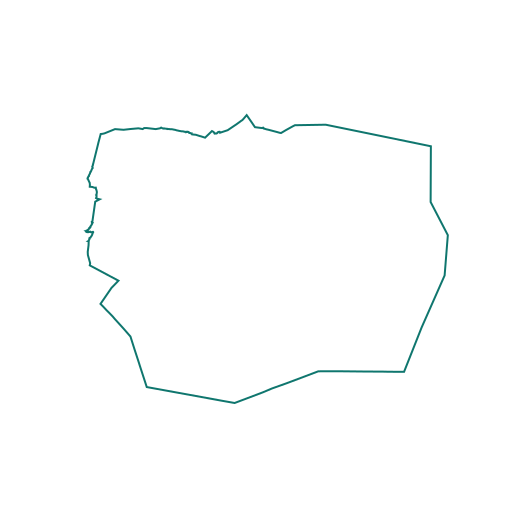 outline of Snåase sma 1, Nord-Trøndelag, Norway, rotated 18°
{"feature_id": "86288312B29366905893457", "entity_name": "Snåase sma 1", "entity_type": "district", "adm_level": 2, "iso_a3": "NOR", "parent_name": "Norway", "parent_adm1": "Nord-Trøndelag", "projection": "orthographic", "projection_center": [12.115, 64.195], "detail": "fine", "context": "isolated", "style": "outline", "palette": "teal", "viewbox_px": 512, "rotation_deg": 18, "n_neighbors": 0, "source": "geoboundaries", "source_scale": "gbopen_adm2", "svg_char_len": 4706}
<svg xmlns="http://www.w3.org/2000/svg" viewBox="0 0 512 512"><g transform="rotate(18 256 256)"><path d="M281.1,402.4L304.7,383.5L312.2,377.0L324.4,367.6L350.9,346.4L359.5,343.6L371.4,339.7L396.6,331.8L411.9,326.9L417.9,325.1L432.6,320.4L435.6,272.8L441.4,216.2L432.0,176.9L405.4,150.7L388.4,97.6L339.3,103.1L281.7,109.6L252.6,119.6L250.9,121.3L245.4,127.2L243.4,129.5L241.8,131.3L240.4,131.5L237.7,131.6L228.7,132.1L226.7,132.3L225.6,132.3L224.1,132.4L223.5,131.8L223.1,131.7L222.7,132.2L222.5,132.4L220.5,132.8L215.2,133.8L210.7,130.3L203.6,124.9L201.7,129.5L201.0,131.0L200.0,132.2L199.4,133.1L196.4,137.2L195.9,137.8L190.2,145.1L184.2,149.5L184.2,149.4L183.4,149.3L183.1,149.1L182.3,149.4L181.7,149.8L181.6,150.0L181.5,150.3L181.3,150.4L181.2,150.6L181.3,150.8L181.2,151.0L180.9,151.4L180.7,151.6L180.4,151.8L179.9,151.9L179.3,152.2L178.8,152.4L178.7,152.3L178.4,152.0L178.4,151.8L177.9,151.6L177.7,151.4L177.3,151.2L177.2,151.1L175.5,150.8L171.0,159.2L166.6,159.2L165.5,159.3L161.3,159.3L157.6,160.1L157.4,159.9L157.2,159.8L157.1,159.7L156.9,159.5L156.7,159.5L156.7,159.4L156.4,159.5L155.9,159.3L155.7,159.3L155.4,159.4L155.0,159.5L154.4,159.6L154.2,159.4L153.9,159.1L153.7,159.0L153.1,158.9L152.7,159.1L152.8,158.9L152.7,158.9L152.5,159.0L152.0,159.1L151.8,159.3L151.6,159.3L151.1,159.5L150.9,159.6L150.6,159.7L149.9,159.9L149.7,159.9L149.5,160.0L149.1,160.0L148.9,159.9L147.7,160.1L146.8,160.4L143.8,160.8L143.3,160.8L141.8,161.0L140.4,161.0L140.1,161.0L139.7,161.1L139.2,161.1L138.9,161.2L137.6,161.3L136.1,161.6L135.6,161.8L135.4,161.9L134.8,162.0L134.5,162.1L133.9,162.1L133.3,162.4L132.8,162.5L132.6,162.6L132.3,162.5L132.1,162.7L131.7,162.6L130.7,162.8L129.9,163.0L129.4,163.0L129.1,163.3L128.8,163.4L128.7,163.4L128.6,163.2L128.3,163.3L127.7,163.5L126.1,163.2L125.3,164.2L121.4,166.3L112.5,168.1L110.1,168.9L109.0,170.3L104.7,170.9L97.2,174.1L91.0,176.9L82.7,178.9L74.0,186.2L72.5,187.1L70.6,188.0L71.1,197.1L71.2,198.2L72.7,219.2L72.6,219.3L72.7,219.6L72.8,219.8L72.8,220.3L72.8,220.7L72.8,220.8L72.8,221.0L72.6,221.3L72.6,221.5L72.8,221.8L72.9,222.1L73.3,222.5L73.5,222.7L73.5,222.8L73.4,223.1L73.2,223.6L73.1,224.0L73.0,224.4L73.0,224.8L73.0,225.2L73.0,225.5L73.0,225.8L72.9,226.1L72.8,226.4L72.8,226.5L72.8,226.8L72.7,226.9L72.8,227.0L72.7,227.2L72.6,227.5L72.6,228.0L72.5,228.4L72.5,228.6L72.6,228.8L72.6,229.0L72.5,229.5L72.4,229.8L72.4,230.0L72.3,230.5L72.2,230.9L72.2,231.1L72.4,231.5L72.2,231.7L72.2,231.9L72.1,232.1L72.0,232.4L72.0,232.5L71.9,233.1L72.0,233.2L72.0,233.4L71.8,233.6L71.8,233.8L71.8,234.1L71.9,234.4L71.9,234.6L72.5,234.9L74.5,237.1L75.1,237.6L75.9,239.3L76.2,240.3L76.3,240.8L76.5,241.5L77.7,241.2L79.2,240.9L80.5,241.0L81.2,241.0L82.5,240.5L83.0,241.5L83.3,242.0L83.5,242.1L84.1,243.0L84.5,243.6L84.9,244.4L85.1,245.3L85.3,246.9L85.5,247.1L85.6,247.3L85.6,247.6L85.4,247.7L85.5,247.8L85.6,248.1L86.0,248.7L86.1,249.1L86.1,249.4L86.1,249.5L86.0,249.8L86.0,250.0L86.0,250.3L86.6,250.3L86.8,250.5L87.1,250.6L89.8,250.4L86.3,254.0L89.7,273.5L89.6,273.8L89.4,274.0L89.5,274.1L89.5,274.3L89.4,274.5L89.5,274.7L89.9,274.7L90.0,275.0L90.3,275.0L90.2,275.4L90.1,275.5L90.2,275.9L90.2,276.0L90.0,276.3L90.1,276.5L90.0,277.2L89.9,277.4L89.9,277.5L89.7,278.0L89.6,278.4L89.6,278.7L89.6,278.9L89.4,279.1L89.4,279.3L89.3,279.5L89.5,279.8L89.3,280.0L89.3,280.4L89.3,280.5L89.2,280.7L89.2,280.8L88.8,280.9L88.7,281.0L88.8,281.3L88.8,281.5L88.7,281.9L88.5,282.1L88.5,282.3L88.4,282.6L88.2,282.9L88.1,283.0L88.3,283.1L88.1,283.4L88.1,283.6L88.0,283.8L87.9,283.9L87.8,284.0L87.9,284.3L87.7,284.2L87.5,284.4L87.4,284.4L87.4,284.5L87.5,284.6L87.4,284.7L87.3,284.8L87.1,284.8L87.2,285.0L86.8,285.1L87.0,285.2L87.0,285.3L87.4,285.3L87.5,285.4L87.6,285.5L88.0,285.5L88.4,285.4L88.4,285.1L88.6,285.2L89.0,284.9L89.4,285.0L89.9,284.7L90.7,284.4L90.9,284.2L91.0,284.3L91.3,284.3L91.6,284.4L91.8,284.3L92.0,284.3L92.0,284.2L92.3,284.1L92.5,284.1L92.8,283.9L93.0,283.7L93.5,283.4L93.7,283.5L93.8,283.6L93.8,283.8L93.5,284.0L93.4,284.1L93.6,284.3L93.6,284.5L93.6,284.8L93.6,285.1L93.6,285.5L93.6,285.8L93.6,286.0L93.6,286.5L93.5,286.8L93.5,287.3L93.4,287.4L93.2,288.4L93.1,288.6L93.0,288.8L93.0,289.0L92.8,289.4L92.8,289.6L92.8,289.8L92.6,290.0L92.4,290.1L92.2,290.2L92.1,290.3L92.2,290.6L92.1,290.8L92.2,291.1L92.2,291.3L92.3,291.4L92.4,291.5L92.4,291.8L92.3,292.1L92.3,292.4L92.2,292.5L92.1,292.9L92.1,293.1L92.1,293.5L91.9,293.7L91.8,293.8L92.2,293.8L92.4,293.9L92.4,294.0L93.4,297.4L94.7,304.1L95.8,307.0L100.5,314.1L100.8,316.3L132.8,322.0L128.7,330.4L128.5,330.7L122.9,349.6L126.4,351.4L130.7,353.8L133.7,355.3L138.4,357.8L141.3,359.6L152.5,366.0L161.5,371.4L169.3,382.3L177.9,394.1L179.3,396.1L192.6,414.4L268.3,404.2L281.1,402.4Z" fill="none" stroke="#0f766e" stroke-width="2"/></g></svg>